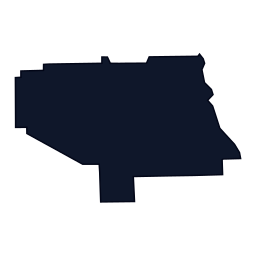 the district of Lee, Alabama, United States of America
{"feature_id": "52423323B36009531708683", "entity_name": "Lee", "entity_type": "district", "adm_level": 2, "iso_a3": "USA", "parent_name": "United States of America", "parent_adm1": "Alabama", "projection": "equal_earth", "projection_center": [-85.313, 32.581], "detail": "fine", "context": "isolated", "style": "filled", "palette": "ink", "viewbox_px": 256, "rotation_deg": 0, "n_neighbors": 0, "source": "geoboundaries", "source_scale": "gbopen_adm2", "svg_char_len": 672}
<svg xmlns="http://www.w3.org/2000/svg" viewBox="0 0 256 256"><path d="M15.6,121.4L15.6,127.4L26.8,127.3L26.9,133.5L82.7,164.2L99.2,164.2L99.7,172.1L100.7,201.9L125.8,201.6L134.5,201.5L133.3,176.5L168.8,175.8L193.9,175.4L222.6,174.6L222.1,159.6L223.5,158.9L226.3,158.9L240.6,158.5L239.5,152.6L234.5,144.3L230.6,140.1L219.8,128.3L215.9,116.2L212.6,106.0L207.6,100.3L213.0,94.6L211.4,89.5L204.5,82.6L201.9,69.6L204.6,63.3L203.2,58.8L199.5,54.1L197.9,56.3L149.2,56.9L146.5,63.2L126.0,63.3L119.2,63.4L110.3,63.3L107.4,57.1L101.9,57.0L101.9,63.3L49.0,64.1L43.6,64.4L43.5,70.4L20.9,71.0L20.9,77.3L15.4,77.6L15.6,121.4Z" fill="#0f172a" stroke="#020617" stroke-width="1.5"/></svg>